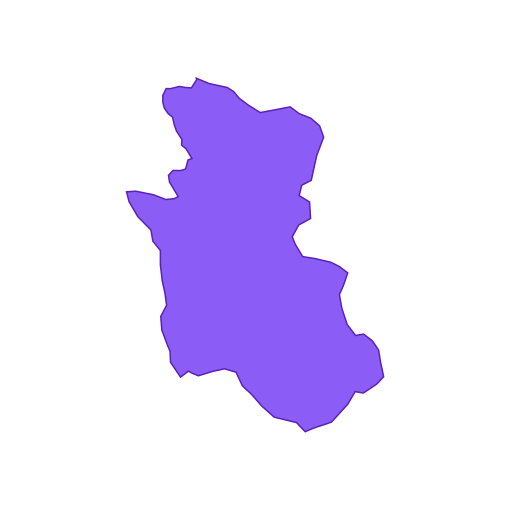 outline of Kato Akourdaleia, Paphos, Cyprus, rotated 309°
{"feature_id": "46923920B67366581687335", "entity_name": "Kato Akourdaleia", "entity_type": "district", "adm_level": 2, "iso_a3": "CYP", "parent_name": "Cyprus", "parent_adm1": "Paphos", "projection": "albers", "projection_center": [32.457, 34.959], "detail": "fine", "context": "isolated", "style": "filled", "palette": "violet", "viewbox_px": 512, "rotation_deg": 309, "n_neighbors": 0, "source": "geoboundaries", "source_scale": "gbopen_adm2", "svg_char_len": 1409}
<svg xmlns="http://www.w3.org/2000/svg" viewBox="0 0 512 512"><g transform="rotate(309 256 256)"><path d="M263.6,137.2L259.0,142.3L253.2,158.2L249.2,156.4L243.1,150.3L239.1,137.8L230.7,121.8L224.4,115.0L218.3,123.2L212.2,139.4L210.1,158.0L202.6,166.5L200.1,178.2L188.8,187.4L177.6,198.9L170.1,208.3L161.5,217.5L149.1,220.0L139.2,229.4L131.8,241.9L127.8,249.2L119.6,256.5L114.4,273.6L123.9,275.9L124.8,280.4L126.7,286.6L139.0,294.9L148.6,302.6L153.1,313.6L146.5,327.2L145.7,339.5L143.0,354.8L142.2,371.6L152.0,392.2L150.4,404.8L158.4,409.0L174.4,419.2L198.4,420.6L213.0,418.4L217.0,425.6L225.5,428.3L232.4,430.4L242.5,431.2L247.8,424.7L251.3,420.3L260.1,410.4L263.2,400.1L263.3,399.7L263.0,388.7L256.9,383.4L260.1,370.0L269.4,355.6L278.5,345.1L288.1,342.5L300.6,337.9L300.3,327.5L298.2,318.1L291.0,303.2L284.9,292.7L289.7,279.4L293.7,272.1L307.0,269.7L319.5,274.8L331.7,263.6L330.1,251.6L339.7,247.0L349.6,251.3L372.2,240.0L390.9,233.8L397.1,223.7L397.2,223.2L397.6,212.0L393.8,199.9L393.4,188.7L380.9,178.2L370.1,169.0L368.4,154.8L368.0,143.5L369.7,135.2L368.9,127.7L360.5,111.0L356.6,97.7L355.5,98.9L346.0,100.0L342.6,95.2L339.6,89.8L332.1,84.1L329.6,80.8L322.2,82.5L316.7,87.0L313.2,91.8L311.4,98.0L311.4,103.7L306.6,109.8L303.1,115.5L299.9,125.1L295.4,128.3L295.3,134.2L291.4,144.9L288.0,142.7L279.3,146.5L274.9,143.6L270.3,137.7L263.6,137.2Z" fill="#8b5cf6" stroke="#5b21b6" stroke-width="1.5"/></g></svg>